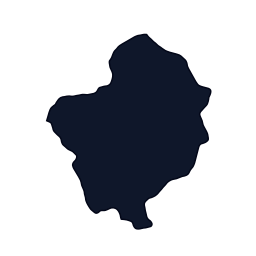 Piedra Blanca, Monseñor Nouel, Dominican Republic, rotated 195°
{"feature_id": "3306468B87386677214515", "entity_name": "Piedra Blanca", "entity_type": "district", "adm_level": 2, "iso_a3": "DOM", "parent_name": "Dominican Republic", "parent_adm1": "Monseñor Nouel", "projection": "orthographic", "projection_center": [-70.332, 18.811], "detail": "fine", "context": "isolated", "style": "filled", "palette": "ink", "viewbox_px": 256, "rotation_deg": 195, "n_neighbors": 0, "source": "geoboundaries", "source_scale": "gbopen_adm2", "svg_char_len": 3634}
<svg xmlns="http://www.w3.org/2000/svg" viewBox="0 0 256 256"><g transform="rotate(195 128 128)"><path d="M57.9,178.3L57.4,181.3L57.3,183.3L57.5,184.5L57.6,185.0L57.9,185.6L58.3,186.1L58.8,186.4L59.3,186.7L60.6,187.0L62.5,187.0L67.4,187.0L69.5,187.2L70.9,187.5L72.1,188.2L73.2,189.1L74.8,190.5L84.5,200.5L85.9,202.1L86.7,203.2L87.8,205.5L88.4,206.5L89.6,207.9L90.6,208.6L95.4,211.1L96.7,211.5L97.3,211.7L100.1,211.9L107.2,211.9L110.0,212.1L112.1,212.4L116.1,213.8L117.2,214.3L120.3,215.3L123.4,217.0L125.8,218.0L128.9,219.8L130.6,220.6L131.7,221.2L132.7,221.9L134.2,223.1L135.7,222.8L136.7,222.5L137.8,222.0L139.9,220.9L142.2,219.9L143.7,218.9L145.2,217.7L155.2,207.7L157.4,205.3L158.4,203.8L159.4,201.5L160.6,199.4L161.1,198.3L161.5,196.4L162.0,191.8L162.3,190.6L162.8,189.1L163.2,188.1L163.2,187.6L163.1,187.0L162.8,186.0L161.1,182.3L160.4,181.3L158.0,178.4L157.3,177.3L156.7,176.3L156.3,174.9L156.0,173.5L155.9,172.1L155.9,169.9L156.0,168.5L156.2,167.1L156.4,166.5L156.6,165.8L157.3,164.8L158.1,163.9L159.1,163.2L161.9,162.0L165.8,159.7L166.2,159.3L166.7,158.3L167.4,155.5L167.9,154.4L168.3,153.9L169.1,153.1L170.0,152.4L175.5,149.7L176.7,149.4L179.3,148.9L180.5,148.6L181.6,148.1L183.7,147.0L186.0,146.0L188.1,144.9L189.2,144.4L190.5,144.0L193.0,143.6L194.2,143.2L195.3,142.8L197.5,141.7L199.2,141.0L200.2,140.3L200.7,140.0L201.5,139.1L202.2,138.1L202.5,137.5L203.7,134.2L204.2,131.9L205.6,130.2L206.8,128.5L207.5,127.2L207.9,125.7L208.2,122.7L208.3,117.3L208.4,114.0L206.2,113.7L205.0,113.5L203.9,113.1L203.4,112.8L202.7,111.9L200.6,108.6L199.8,107.1L199.1,106.2L198.3,105.5L195.3,103.7L194.2,103.1L192.0,102.0L191.0,101.3L190.2,100.5L189.5,99.5L188.5,97.4L188.1,96.9L187.4,95.9L186.5,95.1L185.4,94.5L183.7,93.7L181.6,92.6L180.5,92.1L179.3,91.8L176.1,91.2L174.9,90.8L171.4,88.8L170.9,88.5L170.5,88.1L170.2,87.6L169.9,86.4L169.9,85.8L170.0,84.6L170.3,83.4L171.4,81.4L171.8,80.4L172.0,79.2L171.9,77.9L171.3,76.8L170.6,75.7L169.7,74.7L163.2,68.4L161.8,66.9L160.4,65.4L159.3,63.7L157.9,60.9L157.2,59.9L154.9,57.0L154.2,56.0L153.6,54.9L152.9,53.1L151.1,50.0L150.1,47.6L149.4,46.5L148.2,44.9L146.8,43.4L144.8,41.5L143.3,40.2L142.2,39.5L138.5,37.8L137.5,37.5L137.0,37.5L136.5,37.6L136.0,37.8L135.2,38.4L134.5,39.2L133.7,40.5L133.3,40.9L132.9,41.2L131.9,41.6L129.6,42.2L128.5,42.7L127.0,43.8L124.6,45.8L123.6,46.5L123.0,46.7L121.8,47.1L121.1,47.2L119.8,47.2L118.5,47.0L117.3,46.5L116.3,45.8L115.3,45.0L114.1,43.6L113.0,42.1L111.7,39.4L110.9,38.2L108.1,38.7L105.4,39.0L102.7,38.9L100.9,38.7L99.8,38.3L99.3,37.9L98.6,37.1L97.5,35.3L96.3,34.0L95.4,33.4L94.9,33.1L94.4,33.0L93.8,32.9L92.2,33.1L90.5,33.7L87.3,35.4L85.0,36.3L81.1,38.5L80.6,38.8L80.3,39.2L80.0,39.8L79.9,40.3L79.9,40.9L80.0,41.5L80.3,42.0L81.0,42.9L81.4,43.2L82.3,43.9L84.0,44.6L85.0,45.1L86.4,46.3L87.1,47.3L88.5,50.0L90.0,52.7L91.0,55.0L92.3,57.6L92.6,58.8L92.7,59.4L92.5,60.7L92.3,61.2L91.8,62.3L90.3,64.7L89.7,65.5L89.2,65.9L87.2,67.1L85.7,68.3L84.2,69.7L83.0,71.3L82.3,72.5L81.3,74.7L79.9,77.4L78.9,79.7L77.2,82.9L76.2,85.2L75.5,86.3L74.6,87.4L73.2,88.8L71.5,90.0L68.1,91.7L63.2,95.3L61.0,96.4L60.0,97.1L59.1,97.8L58.3,98.8L58.0,99.3L57.6,100.5L57.1,103.0L56.7,104.2L55.3,107.4L54.9,109.5L54.7,111.6L54.7,113.7L54.8,126.1L54.8,128.2L54.6,129.5L54.1,130.7L53.8,131.2L53.4,131.6L51.5,132.8L50.5,133.5L49.5,134.3L48.7,135.2L48.0,136.2L47.7,136.8L47.6,137.4L47.6,137.9L47.9,139.0L49.3,142.1L50.0,143.3L51.3,144.9L54.8,148.6L56.2,150.2L56.9,151.4L58.4,154.2L61.3,157.9L62.0,159.0L62.3,159.6L62.5,160.8L62.4,161.5L62.1,162.6L60.8,165.2L59.7,167.4L58.3,170.0L57.8,171.2L57.6,172.5L57.5,174.5L57.6,176.6L57.9,178.3Z" fill="#0f172a" stroke="#020617" stroke-width="1.5"/></g></svg>